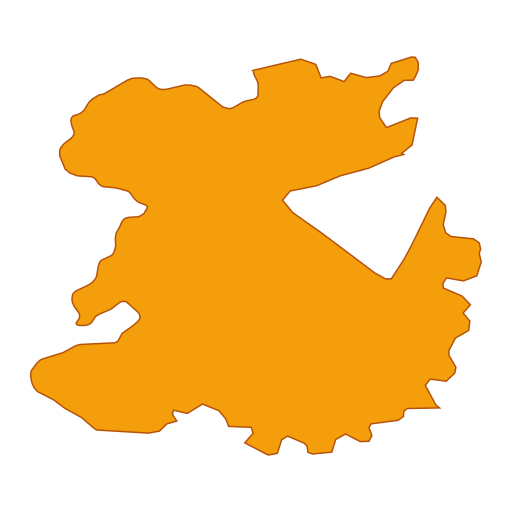 an SVG outline of Shropshire
{"feature_id": "GBR-2779", "entity_name": "Shropshire", "entity_type": "Unitary Single-Tier County", "adm_level": 1, "iso_a3": "GBR", "parent_name": "United Kingdom", "parent_adm1": "", "projection": "robinson", "projection_center": [-2.808, 52.647], "detail": "fine", "context": "isolated", "style": "filled", "palette": "amber", "viewbox_px": 512, "rotation_deg": 0, "n_neighbors": 0, "source": "natural_earth", "source_scale": "10m", "svg_char_len": 3219}
<svg xmlns="http://www.w3.org/2000/svg" viewBox="0 0 512 512"><path d="M65.2,169.1L59.8,156.0L59.7,153.1L59.9,149.7L60.8,147.7L63.5,144.3L65.2,142.7L71.4,138.1L73.7,135.1L74.2,132.7L73.8,130.7L72.7,128.2L71.8,125.4L70.8,120.6L71.5,117.9L73.0,116.0L77.8,114.5L80.8,113.0L83.9,110.5L87.6,104.3L90.0,101.1L92.7,98.8L98.5,95.3L100.3,94.7L102.6,94.3L104.3,93.7L127.5,80.1L132.5,78.3L140.7,77.9L146.1,78.8L148.2,79.7L155.8,86.8L157.6,88.2L159.7,89.1L162.9,89.5L166.9,89.2L184.7,85.0L190.6,85.1L196.0,86.3L198.3,87.4L222.4,106.7L225.2,107.8L229.5,108.7L233.1,107.7L242.4,102.3L246.9,100.7L253.0,99.6L255.8,98.4L257.6,96.5L258.0,94.1L258.2,84.7L257.8,82.6L257.1,80.6L254.2,75.1L253.2,70.5L253.0,70.4L300.7,59.2L315.8,64.4L321.1,77.9L330.1,76.3L344.1,81.6L350.7,73.2L366.1,77.6L379.5,76.0L387.9,71.3L391.2,63.4L411.6,57.0L415.2,57.3L418.2,62.4L418.3,69.7L415.6,76.1L413.2,80.2L404.2,80.3L393.3,87.9L382.7,101.6L379.2,110.9L379.6,117.4L386.4,127.6L410.8,117.9L417.6,118.2L412.1,144.9L401.8,153.2L403.7,154.5L394.1,156.9L368.9,168.1L340.1,175.9L316.4,185.8L290.2,191.0L282.5,200.2L292.8,212.7L321.6,233.0L353.1,256.6L374.8,273.0L385.6,278.9L391.3,278.9L396.4,271.0L404.1,259.2L411.8,244.8L429.7,208.1L436.9,197.3L445.3,205.4L445.9,212.1L443.2,224.7L445.7,232.8L451.1,236.5L473.6,238.9L479.2,242.9L480.6,248.9L479.2,253.5L481.3,261.8L476.8,275.8L463.4,280.9L446.5,277.9L442.9,283.5L443.3,288.0L462.1,296.1L470.4,304.8L463.1,313.0L469.8,321.1L468.7,330.4L455.4,338.1L449.0,350.4L448.9,355.2L455.9,367.3L454.7,373.2L446.2,381.2L430.3,379.1L425.3,385.3L435.9,405.0L439.5,407.9L407.1,408.5L403.8,411.5L403.4,416.6L398.1,420.3L371.0,423.9L369.0,427.7L371.9,435.5L368.9,441.3L360.4,441.6L345.6,434.0L335.7,439.5L331.8,452.1L312.5,454.0L308.0,452.4L307.0,446.0L304.0,443.1L292.8,438.3L287.5,436.1L281.7,439.8L277.3,453.4L268.1,455.0L244.8,442.9L253.1,433.2L251.2,427.3L228.7,426.4L225.7,418.7L218.6,410.5L202.4,404.1L187.3,413.4L173.5,410.2L172.3,414.2L176.8,421.0L166.8,423.9L159.5,431.1L148.3,433.1L96.6,430.0L93.4,427.8L81.5,417.5L65.2,408.5L53.5,399.8L37.9,391.8L36.4,390.3L34.9,388.6L33.6,386.7L32.3,383.8L31.6,381.3L30.7,376.7L30.7,374.5L30.9,372.2L31.7,370.0L37.0,363.0L40.1,360.2L42.1,359.1L63.1,352.6L75.1,346.0L79.8,344.5L114.9,342.8L117.9,341.2L122.2,333.3L134.0,324.9L137.5,321.7L139.7,318.9L140.1,316.7L139.5,314.5L137.9,312.1L126.6,302.0L124.4,301.4L122.0,301.5L119.8,302.3L111.1,309.1L98.3,314.6L96.5,315.9L94.9,317.3L92.6,321.1L91.2,322.8L89.5,324.2L86.7,325.1L83.4,325.5L78.5,325.4L76.4,324.2L76.3,322.6L78.8,319.2L79.5,317.3L79.6,315.0L78.9,313.1L77.8,311.4L74.2,306.4L72.4,302.4L72.0,299.8L72.2,296.5L72.9,294.0L74.3,292.3L76.0,290.9L88.5,285.0L92.3,282.4L95.2,279.1L96.2,277.2L96.9,274.6L98.2,266.6L99.1,263.5L100.3,261.2L102.0,259.9L110.7,255.9L112.7,254.4L114.3,251.3L115.7,245.9L115.3,238.7L115.8,234.8L116.4,232.6L119.4,227.6L121.7,222.2L123.0,220.1L124.6,218.7L126.6,217.9L129.4,217.3L138.3,216.8L141.1,215.5L143.9,213.5L146.8,208.7L147.3,207.0L146.6,205.4L138.8,202.4L136.7,200.9L134.5,198.9L129.8,192.5L129.1,191.9L126.5,190.7L115.7,187.9L102.9,186.6L100.5,185.3L98.3,183.4L95.1,178.7L93.8,177.6L91.7,176.8L77.7,175.9L69.9,173.1L65.3,169.2L65.2,169.1Z" fill="#f59e0b" stroke="#b45309" stroke-width="1.5"/></svg>